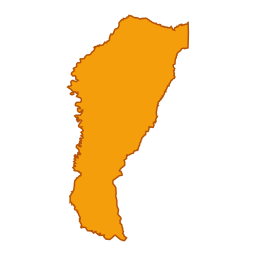 the district of Kralanh, Siemréab, Cambodia
{"feature_id": "14789045B14092242539630", "entity_name": "Kralanh", "entity_type": "district", "adm_level": 2, "iso_a3": "KHM", "parent_name": "Cambodia", "parent_adm1": "Siemréab", "projection": "albers", "projection_center": [103.469, 13.548], "detail": "fine", "context": "isolated", "style": "filled", "palette": "amber", "viewbox_px": 256, "rotation_deg": 0, "n_neighbors": 0, "source": "geoboundaries", "source_scale": "gbopen_adm2", "svg_char_len": 5654}
<svg xmlns="http://www.w3.org/2000/svg" viewBox="0 0 256 256"><path d="M76.8,66.1L76.5,66.8L73.5,68.3L73.3,68.6L74.4,70.7L72.2,72.2L71.5,73.2L71.3,74.2L72.7,75.9L75.3,75.9L75.9,76.8L75.7,78.9L78.1,80.3L76.4,81.5L73.9,81.0L73.1,80.4L72.0,80.6L70.8,82.0L71.5,85.5L69.6,86.3L68.5,86.2L67.6,87.1L70.9,89.3L72.5,91.1L72.5,92.3L70.4,93.4L70.5,94.3L72.0,94.8L73.6,94.3L73.9,91.9L74.2,91.6L75.4,91.9L76.5,93.3L77.7,92.3L78.0,94.4L76.5,96.2L76.8,96.6L80.4,97.9L81.3,99.2L81.3,101.2L80.2,102.3L76.7,102.4L75.7,103.4L75.3,105.2L75.5,105.6L78.5,106.4L80.4,108.1L80.1,108.6L77.9,108.2L77.6,108.4L77.5,110.3L78.3,111.8L79.6,112.3L80.3,112.2L81.8,110.3L82.6,110.0L82.5,111.5L80.5,115.1L76.7,115.2L75.4,115.4L74.7,115.9L75.4,116.9L76.4,117.4L77.3,117.0L78.1,117.5L78.1,117.9L76.8,118.7L76.6,119.3L77.0,119.8L78.7,119.4L78.8,120.0L77.1,120.8L77.7,121.6L78.6,121.7L79.8,120.1L80.4,119.9L81.3,120.3L81.7,120.8L79.3,124.1L78.5,126.0L78.8,126.7L79.5,127.1L81.8,127.0L80.9,128.0L82.5,129.2L83.1,130.9L81.0,132.3L82.7,134.5L82.6,135.0L81.0,135.5L81.1,136.0L82.6,136.7L83.0,137.7L81.8,138.4L80.4,138.0L79.9,138.6L80.1,139.4L81.5,140.4L81.5,140.8L81.1,141.2L80.2,140.9L79.7,141.3L79.6,142.3L81.2,142.8L81.2,143.2L79.6,143.1L79.0,143.5L78.8,144.1L81.0,145.8L80.8,146.8L79.0,146.2L78.0,144.8L77.1,144.9L76.4,146.0L76.4,147.5L78.4,149.3L79.2,151.0L79.0,152.1L78.0,152.6L77.9,153.0L78.6,153.4L80.0,153.1L80.6,154.1L80.0,154.7L78.1,154.2L77.4,154.5L77.3,155.2L78.0,157.0L77.9,158.0L76.6,157.3L75.4,155.0L75.2,154.8L74.5,155.4L74.4,156.4L75.2,157.9L74.2,158.9L75.5,159.3L75.6,160.1L73.7,161.6L75.5,163.3L74.2,163.5L73.9,165.4L74.1,165.7L75.2,165.7L75.4,166.3L73.4,167.0L72.9,167.6L74.6,169.4L74.2,170.5L77.8,171.1L79.2,171.7L79.0,172.2L79.4,172.5L81.1,173.2L80.7,174.1L81.0,175.2L80.3,175.9L79.5,175.8L77.7,177.8L76.6,178.0L76.4,179.1L74.9,180.5L74.3,184.4L74.7,185.3L74.3,185.8L73.8,190.0L72.8,191.5L71.9,191.8L72.5,192.3L72.5,192.7L71.8,193.2L71.0,194.4L71.0,195.1L69.8,196.3L70.2,197.5L70.1,202.6L71.0,202.3L71.7,202.7L71.9,204.7L72.9,204.4L73.7,204.8L73.8,205.6L74.4,205.9L75.1,207.4L74.5,208.3L74.8,209.6L76.8,210.3L76.8,210.9L77.7,211.2L77.4,212.3L78.3,213.2L78.8,214.9L80.2,217.6L80.2,218.1L79.7,218.4L80.1,219.0L80.0,219.3L79.6,219.4L79.9,220.0L79.8,221.0L79.5,221.1L81.4,224.3L81.5,225.4L81.1,225.9L80.9,227.5L81.7,227.9L82.7,226.8L83.4,227.3L85.0,227.4L85.9,227.9L87.4,230.6L89.4,230.9L90.1,230.6L91.2,231.3L91.7,230.7L92.2,230.8L92.1,231.3L93.6,233.1L94.0,233.0L94.6,231.8L95.9,231.5L95.9,232.6L98.1,234.5L99.0,233.6L100.4,233.5L100.3,234.0L99.2,234.7L99.2,235.2L99.6,235.4L104.3,235.2L103.8,236.7L106.0,239.1L109.8,239.5L112.5,237.4L114.4,235.4L115.3,235.2L120.0,239.2L123.1,240.5L124.5,240.6L126.6,237.9L124.7,236.6L124.4,236.6L123.8,234.8L122.7,233.2L123.4,231.6L122.6,229.9L122.7,228.0L122.1,227.4L121.8,224.9L121.0,224.3L120.8,223.6L120.1,223.3L120.3,222.5L119.9,220.7L120.1,220.1L120.9,219.7L120.8,217.7L117.8,214.2L118.5,209.8L116.9,205.8L116.8,200.2L115.7,196.0L116.1,193.8L115.8,187.9L115.3,186.7L112.9,183.6L112.9,180.5L119.2,175.8L122.1,175.2L122.0,173.8L121.0,171.5L119.6,171.1L119.4,170.6L121.1,168.2L124.7,165.3L124.7,161.9L124.1,160.2L126.6,158.5L126.3,157.5L127.1,156.1L126.5,155.5L126.8,155.0L129.0,155.0L131.4,153.6L133.4,153.1L134.1,150.9L135.8,150.8L136.6,150.1L137.7,150.3L139.0,146.0L139.5,145.5L139.9,143.0L140.7,142.1L141.1,140.0L141.8,138.9L141.8,137.9L143.9,136.0L144.2,135.2L145.5,134.8L146.0,131.5L148.1,131.4L148.8,129.6L149.1,126.9L150.0,127.4L150.3,126.9L152.4,127.4L153.2,127.3L153.6,126.4L154.0,124.8L153.4,123.6L153.5,122.7L154.4,122.0L155.1,122.8L155.8,121.8L156.1,121.2L155.6,120.7L155.8,120.2L155.6,119.9L156.3,118.1L157.4,116.6L156.6,115.7L156.3,112.4L157.2,106.6L158.3,105.5L157.5,104.9L158.2,103.6L158.2,102.2L159.3,101.4L159.5,100.5L160.6,100.0L161.1,99.1L160.7,98.7L161.7,97.7L162.1,97.8L162.4,96.2L162.9,96.6L164.3,93.8L164.4,92.8L165.0,92.1L164.8,91.4L165.9,91.5L165.7,90.1L166.5,89.2L167.5,86.4L167.7,85.9L168.9,86.0L169.2,85.5L169.2,83.7L170.2,82.8L171.2,80.4L171.9,80.1L173.3,78.5L174.4,78.3L174.9,76.7L173.9,75.6L174.2,75.3L174.0,74.2L174.4,73.8L173.6,70.9L174.4,70.2L174.2,69.4L174.7,68.6L173.5,67.2L173.2,65.8L173.3,64.8L175.0,63.9L175.1,60.2L175.7,58.2L176.2,57.8L176.4,55.8L177.0,55.2L176.8,54.2L178.3,52.2L180.5,50.6L181.6,48.8L183.8,48.1L184.8,48.7L185.4,48.3L187.8,48.0L188.0,47.4L188.4,32.7L188.1,22.6L187.5,23.0L187.4,23.8L186.6,24.2L185.4,24.2L184.0,24.9L182.7,24.9L182.1,25.5L181.7,25.4L182.0,24.8L181.8,24.3L180.2,24.6L178.4,25.7L177.9,26.6L176.9,26.9L176.7,26.6L176.2,27.3L175.0,27.6L174.2,29.2L174.5,30.1L173.8,29.8L173.2,30.0L171.1,26.5L169.8,28.0L167.9,27.5L167.6,27.7L167.0,27.1L165.9,27.4L164.8,26.7L164.3,27.0L163.6,26.8L163.0,26.2L162.2,26.5L161.1,26.0L160.6,24.9L160.2,25.1L159.8,24.5L157.8,24.7L155.8,23.6L155.9,23.3L154.6,23.4L152.3,22.4L150.8,21.2L150.1,21.1L148.8,19.7L147.9,19.5L146.9,18.5L145.1,18.1L144.2,18.5L143.2,18.3L142.7,18.7L141.7,18.4L140.2,19.2L138.3,18.2L135.9,17.6L135.6,17.9L133.4,17.2L131.7,16.1L129.0,15.4L128.4,16.8L127.1,17.1L126.8,18.0L124.7,18.7L123.4,18.4L123.1,19.8L121.9,19.6L121.5,19.9L119.0,22.8L119.1,25.6L118.0,28.0L116.5,28.8L115.5,29.0L114.8,29.6L113.2,33.7L111.9,34.7L111.0,34.0L110.3,35.1L109.4,38.4L109.5,39.9L108.1,41.2L107.2,41.2L106.6,42.7L105.6,42.4L105.0,42.8L104.7,42.4L103.0,45.0L100.5,45.4L99.8,44.9L99.3,45.7L98.9,45.4L98.2,45.5L98.6,46.2L98.3,46.4L96.7,46.2L95.5,47.3L95.3,46.6L94.7,46.7L94.0,47.7L94.8,48.4L94.7,48.9L93.9,50.6L91.9,52.2L90.7,54.0L89.5,54.9L87.5,54.9L86.4,55.3L85.1,56.7L84.6,58.2L83.9,58.6L81.7,59.0L80.5,58.8L80.1,59.2L80.8,62.0L80.3,62.6L77.8,62.8L76.8,63.7L76.5,65.1L76.8,66.1Z" fill="#f59e0b" stroke="#b45309" stroke-width="1.5"/></svg>